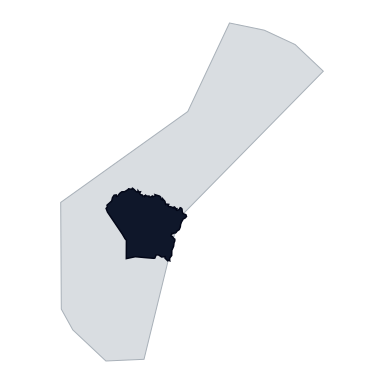 location of Yona, Guam
{"feature_id": "77769853B72833595516841", "entity_name": "Yona", "entity_type": "district", "adm_level": 2, "iso_a3": "GUM", "parent_name": "Guam", "parent_adm1": "", "projection": "albers", "projection_center": [144.756, 13.405], "detail": "fine", "context": "in_parent", "style": "filled", "palette": "ink", "viewbox_px": 384, "rotation_deg": 0, "n_neighbors": 0, "source": "geoboundaries", "source_scale": "gbopen_adm2", "svg_char_len": 1699}
<svg xmlns="http://www.w3.org/2000/svg" viewBox="0 0 384 384"><path d="M144.0,359.3L105.9,361.0L72.8,329.9L61.3,309.1L60.7,202.4L187.8,111.5L229.5,23.0L264.3,30.2L295.2,44.6L323.3,71.2L178.4,218.7L144.0,359.3Z" fill="#d9dde1" stroke="#a8b0b8" stroke-width="1"/><path d="M169.8,260.8L169.6,260.1L169.8,257.9L171.7,255.5L171.8,250.4L173.6,246.3L174.0,242.8L174.8,240.9L174.8,239.2L173.6,238.4L172.5,236.5L171.4,236.4L170.9,235.4L171.5,234.5L171.9,233.3L172.9,233.7L174.0,232.8L174.8,233.1L175.5,232.9L176.2,232.3L177.0,231.1L179.2,229.6L180.3,226.9L180.6,224.4L181.5,221.9L182.5,220.3L183.2,218.9L183.3,218.8L183.5,218.8L185.0,218.1L186.5,216.5L185.9,214.7L183.2,213.7L182.3,212.1L182.0,209.0L180.9,207.9L180.2,207.7L179.1,209.6L177.4,210.4L176.6,210.3L176.9,208.7L175.5,208.9L175.4,207.9L173.7,208.0L174.1,207.1L172.6,207.5L170.6,206.7L169.0,206.6L168.0,205.8L168.7,204.4L166.3,204.1L165.6,204.5L164.9,201.3L162.5,198.6L162.3,199.8L161.1,199.3L160.6,197.1L159.6,196.1L155.1,194.7L155.5,195.6L152.9,196.8L152.4,196.0L150.4,197.1L149.2,197.0L149.1,196.1L146.6,196.1L145.6,195.2L144.7,196.6L144.3,195.8L142.9,196.5L142.0,194.8L140.9,194.9L139.6,193.6L140.4,191.8L138.8,192.0L138.0,190.7L137.8,192.0L136.2,191.7L134.2,189.6L132.0,187.8L132.5,188.9L131.8,189.4L128.6,188.8L128.0,189.6L124.6,191.7L121.8,191.8L119.7,193.4L117.5,196.3L116.4,196.5L116.2,194.9L114.1,195.2L112.5,197.6L111.7,201.0L107.0,205.2L107.4,207.0L106.1,208.4L107.5,212.1L122.3,234.0L125.1,238.8L126.4,240.2L126.3,258.6L135.3,256.7L145.1,257.6L153.7,258.3L154.8,258.1L155.7,256.0L156.2,254.9L158.5,254.9L161.6,257.0L165.1,256.6L165.0,258.1L167.7,260.8L168.3,260.4L169.8,260.8Z" fill="#0f172a" stroke="#020617" stroke-width="1.5"/></svg>